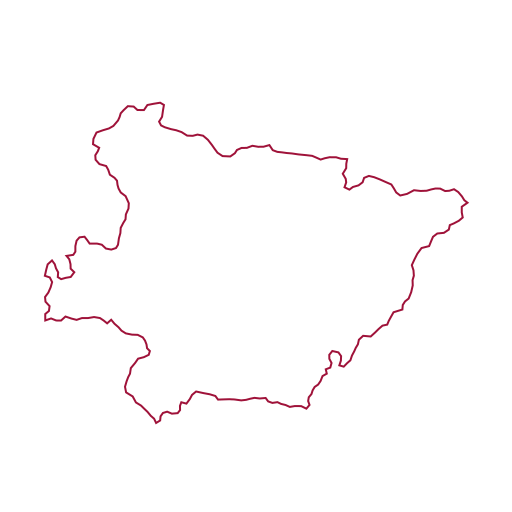 Ponte Nova, Minas Gerais, Brazil (Robinson projection), rotated 266°
{"feature_id": "56859067B79204064506839", "entity_name": "Ponte Nova", "entity_type": "district", "adm_level": 2, "iso_a3": "BRA", "parent_name": "Brazil", "parent_adm1": "Minas Gerais", "projection": "robinson", "projection_center": [-42.918, -20.421], "detail": "fine", "context": "isolated", "style": "outline", "palette": "rose", "viewbox_px": 512, "rotation_deg": 266, "n_neighbors": 0, "source": "geoboundaries", "source_scale": "gbopen_adm2", "svg_char_len": 3646}
<svg xmlns="http://www.w3.org/2000/svg" viewBox="0 0 512 512"><g transform="rotate(266 256 256)"><path d="M100.2,295.6L103.7,299.0L107.7,297.9L111.4,298.8L114.4,301.7L118.0,303.1L121.3,305.4L123.4,309.0L126.8,311.7L131.6,314.0L133.7,318.4L138.1,317.7L139.5,322.3L144.0,323.9L148.3,322.0L152.3,322.2L155.9,325.5L154.1,331.5L150.2,333.9L145.7,333.4L141.1,331.5L139.5,335.8L142.8,339.5L145.4,342.9L150.0,344.8L154.0,347.3L157.4,349.1L160.8,351.5L165.3,352.8L168.9,357.3L167.7,364.8L171.4,369.5L174.6,373.2L177.7,377.3L178.4,382.1L182.0,383.9L185.9,386.4L190.3,389.3L192.4,398.3L196.9,399.0L200.3,401.5L202.9,405.3L209.1,408.3L215.7,410.3L221.0,410.5L225.3,412.1L230.7,412.1L236.0,410.8L241.3,413.7L247.0,417.1L252.4,421.7L253.8,429.4L258.3,431.6L262.8,433.9L265.8,438.4L266.0,445.1L268.9,450.2L273.3,451.5L274.7,455.6L277.0,460.8L280.0,464.9L285.1,464.3L290.8,464.7L294.4,470.7L297.1,467.7L301.1,465.6L305.7,462.2L308.8,458.2L307.6,453.4L307.6,449.2L310.4,444.4L310.8,439.7L310.2,435.5L309.2,430.8L309.4,424.7L310.6,418.2L307.4,411.0L306.3,404.1L309.6,400.3L313.9,398.2L317.9,396.0L320.3,391.4L323.8,384.8L326.4,379.3L328.0,374.2L326.4,369.3L322.1,367.5L319.3,363.2L318.1,357.5L315.7,353.8L318.4,349.1L323.1,351.1L326.7,350.9L332.0,348.3L337.3,352.1L341.7,352.5L346.3,353.7L347.1,347.5L348.9,342.8L349.4,336.3L348.7,331.3L347.7,327.2L350.0,322.9L352.0,319.0L353.0,313.7L354.4,305.4L355.8,298.9L356.6,293.8L357.6,289.0L358.4,284.5L360.4,280.1L365.7,277.1L364.5,271.2L364.8,265.8L366.2,260.1L364.5,254.4L364.8,249.1L363.1,244.4L360.0,242.1L357.1,237.3L358.0,229.6L361.7,224.8L366.1,222.0L369.8,219.8L375.3,216.1L379.7,211.6L381.2,206.1L380.3,201.3L380.9,195.7L384.8,190.4L387.0,185.2L388.5,180.0L390.8,174.0L392.9,170.4L396.8,168.7L401.4,172.0L408.3,173.5L413.1,174.7L415.6,171.1L415.0,164.5L414.2,158.2L409.4,154.4L409.9,147.9L413.6,144.4L414.4,138.6L410.8,134.2L407.8,131.0L404.1,129.6L400.8,127.8L395.7,122.8L393.5,118.2L392.1,112.0L390.3,105.5L384.2,102.0L378.9,101.2L374.9,107.1L371.5,105.5L367.7,102.7L363.2,102.7L358.6,106.2L356.2,112.8L352.3,114.6L347.3,115.9L343.9,120.3L340.8,122.6L336.6,122.8L332.9,123.6L328.8,125.5L324.8,130.1L317.5,132.8L312.2,132.1L306.6,129.1L301.7,128.4L298.4,126.0L293.5,123.0L288.3,122.3L283.3,120.5L276.8,119.1L273.7,116.9L272.5,112.1L273.9,106.8L278.0,103.0L279.4,98.6L280.0,90.9L283.8,88.6L287.2,86.3L286.9,81.2L283.8,78.1L278.5,76.5L272.9,76.1L269.9,73.8L269.3,67.0L265.8,69.5L260.8,70.4L256.3,70.2L252.5,73.6L248.0,69.7L247.5,64.7L246.5,60.0L248.8,56.8L253.5,57.5L257.7,55.6L261.8,54.7L265.8,52.2L262.2,47.6L257.3,45.9L251.0,44.0L249.0,48.8L244.2,50.8L239.2,49.0L234.0,46.3L229.8,42.7L225.1,42.8L220.4,46.6L215.6,45.6L212.8,41.7L206.4,41.3L208.0,47.2L205.6,52.2L205.2,57.0L208.9,61.7L206.4,67.7L204.8,72.6L206.2,77.9L205.8,84.1L206.4,90.2L205.0,96.0L202.2,99.6L199.2,102.8L202.5,107.1L198.3,110.1L194.5,113.9L190.9,116.6L187.9,120.7L186.2,126.8L185.6,132.5L182.7,137.4L179.3,139.4L175.4,140.6L171.6,140.9L168.6,143.5L164.9,142.1L162.9,137.1L161.8,131.2L157.8,128.0L152.9,123.3L147.4,122.1L144.2,120.1L140.1,118.2L134.7,116.2L129.0,116.9L124.5,123.2L118.3,126.0L114.8,130.9L111.4,133.9L108.1,136.9L103.9,139.9L100.8,143.0L96.4,144.7L98.6,148.9L102.7,149.6L105.9,152.2L106.9,156.5L104.6,161.1L104.7,166.9L107.6,169.5L111.8,169.7L115.3,171.3L113.6,176.3L117.9,180.0L121.9,182.5L125.0,186.8L122.9,194.0L121.3,200.2L119.2,205.7L115.4,208.1L115.2,214.1L115.0,219.3L114.4,224.5L113.0,231.2L113.2,236.1L114.0,240.2L114.6,244.6L113.6,249.8L113.7,255.7L110.1,258.0L108.3,262.1L108.7,267.2L106.7,270.7L105.3,275.1L103.1,279.2L103.6,284.2L103.1,290.6L100.2,295.6Z" fill="none" stroke="#9f1239" stroke-width="2"/></g></svg>